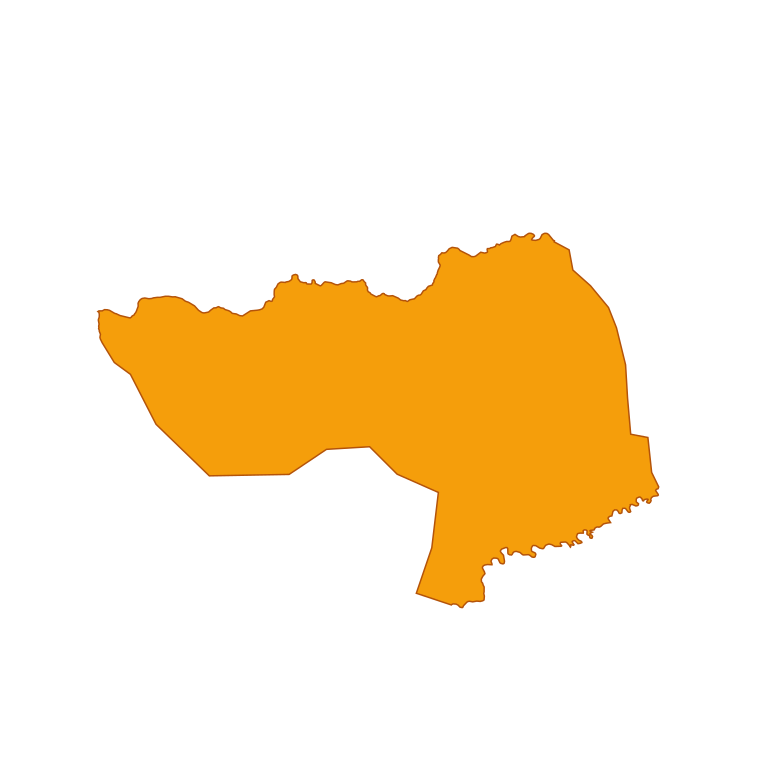 the district of Xushaat, Selenge, Mongolia, rotated 17°
{"feature_id": "93677404B66218634749011", "entity_name": "Xushaat", "entity_type": "district", "adm_level": 2, "iso_a3": "MNG", "parent_name": "Mongolia", "parent_adm1": "Selenge", "projection": "robinson", "projection_center": [105.47, 49.721], "detail": "fine", "context": "isolated", "style": "filled", "palette": "amber", "viewbox_px": 768, "rotation_deg": 17, "n_neighbors": 0, "source": "geoboundaries", "source_scale": "gbopen_adm2", "svg_char_len": 6151}
<svg xmlns="http://www.w3.org/2000/svg" viewBox="0 0 768 768"><g transform="rotate(17 384 384)"><path d="M243.8,522.9L319.7,498.2L348.1,463.3L388.6,448.2L422.9,466.4L467.7,471.8L477.6,526.7L476.1,574.7L513.0,575.6L513.2,575.1L514.3,574.1L517.4,573.4L519.4,573.8L522.0,575.2L524.1,575.0L524.6,574.6L524.9,572.7L527.0,568.5L527.7,567.6L529.2,566.8L532.5,566.4L536.2,564.5L539.6,563.8L541.9,562.4L542.8,561.2L542.0,557.5L540.6,555.1L540.5,553.5L539.1,548.8L537.8,547.5L536.5,545.6L535.0,544.6L534.1,542.1L534.7,539.0L536.0,535.9L534.9,534.2L532.1,531.4L531.7,530.4L532.1,528.9L533.2,527.7L535.7,526.4L540.1,525.3L540.0,524.7L538.1,522.1L538.4,520.0L539.7,518.4L542.4,517.7L543.6,517.7L544.5,518.1L547.1,521.0L548.2,521.4L550.1,521.3L550.9,520.9L551.3,520.2L551.1,518.4L550.7,517.5L548.3,512.8L545.4,511.1L544.2,510.0L544.1,509.2L544.9,507.4L548.2,504.8L549.5,504.5L550.5,505.3L551.9,509.5L552.4,510.2L554.1,510.6L556.0,510.2L556.5,509.1L556.8,507.4L557.6,506.3L559.3,505.4L563.2,505.3L566.4,506.7L567.4,506.7L571.9,505.0L573.3,505.1L576.1,506.2L577.7,506.0L578.5,505.6L579.0,505.0L579.0,502.5L578.4,501.7L577.7,501.3L574.6,500.9L573.9,500.5L573.0,498.3L573.0,497.0L573.4,495.3L573.9,494.8L576.4,494.2L580.9,495.4L583.6,495.2L584.5,494.8L584.8,494.3L585.4,491.9L586.1,490.6L588.5,488.8L591.3,488.6L595.0,489.4L600.8,487.4L601.2,486.8L599.2,485.3L599.1,484.3L599.3,483.7L603.8,482.0L605.3,482.3L608.5,484.2L609.3,485.1L610.0,485.5L610.1,484.9L609.6,483.3L609.8,483.1L612.4,482.8L612.7,482.2L610.3,480.2L610.0,479.6L610.8,478.7L611.5,478.2L612.6,478.1L616.2,480.0L618.2,479.0L619.6,477.8L619.5,477.4L618.4,476.7L616.4,476.5L614.3,475.5L613.0,474.2L612.8,474.0L612.7,472.0L612.9,470.5L614.9,469.3L618.1,468.4L618.1,467.8L617.5,466.6L617.4,465.9L618.3,464.9L619.8,464.6L620.6,464.7L621.2,465.2L621.9,468.1L622.2,468.4L623.2,468.8L624.7,468.8L625.8,470.7L626.3,471.0L627.8,470.8L628.1,470.2L628.0,468.8L627.0,467.9L625.1,467.4L624.7,466.7L626.6,464.8L624.5,464.7L623.9,464.2L624.1,463.7L627.4,462.2L627.7,461.9L627.8,461.0L627.6,460.6L628.9,458.9L630.4,458.1L631.4,458.1L632.8,457.0L634.8,453.6L637.5,452.0L641.2,450.3L637.7,447.3L637.5,446.3L637.7,445.8L638.7,444.5L640.5,443.5L640.2,438.9L641.3,437.0L643.4,436.4L645.3,437.4L646.2,438.5L646.9,438.9L648.0,438.7L649.1,437.6L648.5,434.7L648.7,433.1L650.8,432.4L651.6,432.6L654.8,434.9L655.8,435.1L656.7,434.7L657.2,433.9L655.2,431.1L654.8,429.7L655.2,428.3L654.8,427.4L656.4,426.6L660.6,427.0L662.1,426.1L662.6,425.3L662.4,424.1L659.8,423.0L659.5,422.5L658.9,420.4L659.1,419.4L659.4,418.9L661.2,417.4L662.3,417.3L664.3,418.4L665.2,419.7L666.0,420.1L666.5,419.6L666.6,418.6L666.8,418.4L668.7,417.3L670.0,417.0L670.4,417.4L669.7,419.1L669.7,420.1L670.6,420.6L672.4,420.5L673.3,419.2L673.5,418.0L673.5,417.3L672.8,416.4L673.0,414.6L673.6,413.6L674.4,412.6L678.4,410.8L678.8,410.0L678.4,409.3L674.9,406.5L675.2,405.1L676.7,404.0L676.8,402.1L665.8,390.3L652.0,358.0L634.6,359.9L621.0,326.2L609.4,295.0L589.9,262.3L576.3,245.2L552.8,229.7L531.3,219.8L521.8,201.6L505.1,198.3L505.1,197.2L503.8,197.0L497.7,192.9L495.9,192.4L494.6,192.6L493.3,193.1L491.5,194.9L490.8,199.1L490.1,200.3L487.1,202.3L484.0,203.0L483.0,202.9L483.1,201.7L484.0,199.6L484.4,199.3L484.6,198.5L484.4,198.0L483.1,197.2L480.6,196.9L478.6,197.5L477.8,198.2L475.4,201.2L475.5,201.6L475.3,202.0L471.4,203.6L469.3,203.7L465.5,202.6L463.1,205.2L463.2,208.5L463.0,210.2L462.6,210.7L461.9,211.2L459.7,211.8L457.5,213.3L454.8,215.6L453.8,217.3L451.9,217.1L450.7,217.4L450.3,219.9L447.7,221.9L446.4,222.4L445.3,223.6L443.3,224.3L443.3,225.3L444.2,226.9L444.3,227.6L443.7,228.3L442.0,229.4L438.0,229.7L434.1,235.1L432.6,236.0L430.4,236.6L427.6,235.8L417.5,234.1L416.7,233.4L414.7,232.6L409.8,233.3L409.1,233.5L406.8,235.6L405.7,238.3L404.6,240.2L403.1,241.2L401.0,241.6L400.0,243.7L398.8,245.3L399.1,247.3L399.6,248.3L399.6,249.2L400.3,251.4L403.0,253.9L403.1,255.7L402.5,259.2L402.5,261.9L402.7,263.4L402.4,264.0L402.1,267.3L401.7,268.4L401.5,270.7L401.9,271.6L401.2,273.9L401.3,275.2L397.9,277.6L396.9,279.8L396.5,281.5L394.4,283.4L393.3,287.3L392.6,288.3L390.9,289.1L389.7,290.4L388.2,293.6L384.1,295.9L382.5,298.0L382.0,298.3L380.1,298.0L378.4,298.6L375.3,298.8L372.6,297.7L366.5,297.0L363.3,298.3L361.8,298.6L358.5,298.2L357.9,297.6L356.7,297.6L355.8,298.3L354.4,300.6L353.4,301.0L351.5,302.7L350.5,302.8L345.2,301.8L343.9,300.8L342.0,300.4L340.7,299.1L340.3,297.2L339.9,296.4L338.0,295.1L337.2,294.0L336.9,292.8L334.8,291.7L333.8,290.7L333.0,290.6L332.1,290.9L330.7,292.9L328.9,293.5L328.2,294.2L324.4,295.5L323.1,295.7L322.0,295.4L319.2,295.9L318.5,296.3L315.9,299.5L313.8,300.4L310.9,302.7L308.4,303.1L303.9,302.6L297.8,303.5L297.0,304.4L295.2,308.1L294.3,308.8L288.9,307.9L288.4,306.6L287.7,305.8L286.8,305.0L286.2,305.0L285.6,305.2L285.0,305.9L285.5,307.7L285.5,308.9L285.0,309.8L281.4,310.8L280.6,310.7L280.2,310.0L279.5,309.9L277.7,310.6L274.1,310.7L270.9,308.4L270.1,306.2L269.6,305.5L268.8,305.1L267.3,305.1L265.4,306.3L264.5,307.6L265.1,310.0L265.1,311.0L264.5,312.0L263.1,313.7L260.4,315.1L260.0,315.7L256.0,316.6L255.1,317.1L253.4,319.2L252.7,323.1L251.6,325.4L251.8,327.0L252.8,330.6L253.8,332.7L252.7,335.7L252.9,337.2L251.9,338.0L249.7,337.9L247.0,340.4L246.6,345.7L245.4,347.9L243.2,349.5L241.2,350.5L234.9,353.1L228.8,360.3L225.9,360.8L222.4,360.2L218.2,360.8L216.2,359.8L214.2,359.3L211.1,359.3L209.8,359.2L208.5,358.5L205.5,358.9L203.3,358.4L202.3,359.0L201.2,360.2L199.0,361.0L196.7,364.0L195.2,366.5L191.1,368.7L189.0,368.9L185.0,367.7L180.0,364.7L173.2,363.0L169.9,362.9L166.0,361.5L158.9,361.6L156.4,362.5L152.3,363.1L149.3,364.0L144.5,366.6L141.9,367.4L138.2,369.1L136.9,370.1L134.2,371.2L130.1,371.7L127.7,372.9L126.3,374.5L125.4,376.9L125.2,378.7L126.2,381.5L125.9,386.9L125.6,388.5L125.0,389.8L124.9,390.9L123.2,392.7L122.9,393.8L121.8,395.1L111.5,395.7L107.4,395.1L105.9,395.2L100.0,393.8L97.7,393.9L95.0,394.6L93.2,396.4L89.9,397.5L89.2,398.4L90.4,398.8L91.4,400.7L92.1,403.3L92.0,405.7L92.3,406.8L94.0,410.0L94.2,412.1L94.8,413.2L94.9,414.5L95.9,415.7L96.4,417.0L98.3,419.3L98.7,422.4L99.6,423.9L102.5,427.0L119.8,442.3L138.7,448.9L177.8,489.2L243.8,522.9Z" fill="#f59e0b" stroke="#b45309" stroke-width="1.5"/></g></svg>